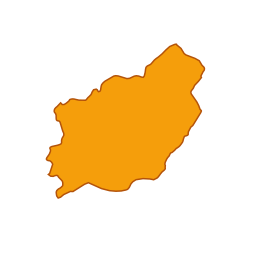 the border of Kayah, rotated 237°
{"feature_id": "MMR-2473", "entity_name": "Kayah", "entity_type": "State", "adm_level": 1, "iso_a3": "MMR", "parent_name": "Myanmar", "parent_adm1": "", "projection": "robinson", "projection_center": [97.388, 19.239], "detail": "fine", "context": "isolated", "style": "filled", "palette": "amber", "viewbox_px": 256, "rotation_deg": 237, "n_neighbors": 0, "source": "natural_earth", "source_scale": "10m", "svg_char_len": 2946}
<svg xmlns="http://www.w3.org/2000/svg" viewBox="0 0 256 256"><g transform="rotate(237 128 128)"><path d="M185.8,85.2L183.5,85.6L182.5,87.2L182.4,89.5L182.7,92.1L183.0,93.7L183.5,94.4L183.5,95.1L182.8,97.0L181.8,98.4L178.1,102.0L174.4,107.5L174.5,108.5L175.3,110.9L175.5,112.2L176.2,115.3L177.8,117.7L178.8,120.0L177.9,122.5L176.8,123.0L175.6,122.9L174.5,123.1L174.1,124.4L174.7,125.6L177.7,128.3L178.7,129.5L179.5,131.9L179.8,134.2L179.3,144.3L178.6,146.1L177.0,148.1L170.0,154.0L168.8,156.4L168.1,161.4L167.3,163.4L165.7,165.3L163.3,167.1L162.2,168.4L162.7,169.9L165.2,172.6L167.9,174.9L169.1,176.2L169.5,177.9L169.1,181.2L169.2,182.3L170.6,187.1L170.9,189.4L171.0,192.2L171.6,197.0L172.8,202.2L173.6,207.4L172.7,212.6L172.1,214.1L171.7,214.3L171.2,214.1L165.9,215.8L159.9,215.6L157.7,216.4L149.9,222.1L145.6,224.4L140.4,224.2L137.6,224.8L136.4,224.6L135.2,223.7L134.7,222.8L134.4,221.8L132.1,217.8L131.1,217.1L130.3,217.0L130.3,216.9L128.8,212.5L127.5,207.2L127.3,206.8L126.9,206.1L126.0,204.8L125.5,203.7L124.9,201.9L124.3,200.7L123.9,200.3L123.4,200.0L122.2,199.6L112.3,199.9L108.4,199.5L104.8,198.7L104.4,198.6L103.1,198.9L102.7,198.9L102.3,198.8L101.3,197.4L94.8,183.7L94.5,181.1L92.0,176.7L90.8,175.6L90.5,175.4L90.1,175.2L89.8,174.9L89.6,174.5L89.5,173.9L89.8,172.4L90.2,171.5L90.1,170.9L89.9,170.2L88.5,168.4L87.7,167.6L86.6,166.3L85.8,164.5L84.9,162.0L84.6,160.5L84.5,158.3L84.6,157.4L83.9,154.9L83.5,151.7L83.8,150.4L83.7,149.9L83.4,149.2L82.7,148.1L82.2,147.4L82.0,146.7L81.6,145.2L80.9,143.6L79.0,140.6L78.0,139.6L77.2,139.0L76.7,139.0L76.3,138.9L75.9,138.7L75.1,137.9L74.7,137.7L73.6,137.1L73.2,136.4L72.9,135.2L72.6,132.6L71.7,129.8L71.4,129.2L70.5,126.7L70.2,125.2L70.6,121.6L70.6,121.4L73.4,118.5L77.4,113.0L80.3,106.5L80.3,102.6L79.5,100.0L77.6,96.9L77.2,95.8L76.9,94.8L76.8,94.3L76.9,93.7L77.2,92.4L78.9,88.0L81.6,83.4L85.5,78.4L91.6,72.8L103.7,65.0L104.5,60.9L104.7,47.2L105.7,45.8L106.2,45.1L107.2,37.9L106.7,33.8L107.3,31.3L109.6,31.2L110.6,31.5L112.9,32.6L113.8,33.4L114.3,34.2L114.6,35.5L114.7,36.2L114.7,37.1L114.6,37.9L114.6,38.7L114.7,39.6L115.0,41.2L115.3,41.9L115.8,42.3L117.3,43.3L118.0,43.6L118.9,43.9L120.0,43.9L124.1,43.1L124.9,43.0L125.5,43.0L126.0,43.1L126.6,42.9L127.1,42.4L127.8,40.9L128.2,38.9L129.7,36.9L132.4,35.9L132.6,37.6L138.6,45.1L140.1,45.3L141.3,45.2L142.1,45.0L142.8,44.7L143.5,44.2L143.9,43.6L144.4,43.1L144.8,42.9L145.1,42.7L145.3,42.6L146.0,42.5L146.7,42.9L147.3,43.8L148.9,47.7L150.5,50.0L151.4,50.8L152.2,51.2L153.2,51.3L153.7,51.6L154.1,52.1L154.1,53.3L153.9,54.2L152.0,59.3L151.5,61.0L151.2,62.4L151.2,63.1L151.5,63.8L152.1,64.5L153.5,65.3L154.4,66.1L155.3,67.2L156.5,69.6L157.0,70.3L158.5,71.2L161.3,71.7L169.9,74.2L170.9,74.1L171.7,73.7L172.2,73.1L172.8,72.6L173.5,72.4L174.4,72.6L175.5,73.2L177.7,74.6L179.0,75.0L180.1,75.1L180.9,74.9L181.6,75.0L182.4,75.3L183.3,76.1L183.9,76.9L184.4,78.4L184.6,80.2L185.8,85.2L185.8,85.2Z" fill="#f59e0b" stroke="#b45309" stroke-width="1.5"/></g></svg>